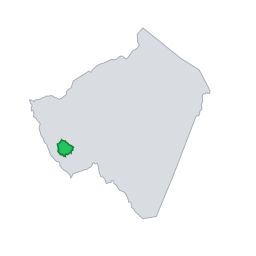 Algeria, with Tiaret highlighted, rotated 255°
{"feature_id": "DZA-2205", "entity_name": "Tiaret", "entity_type": "Province", "adm_level": 1, "iso_a3": "DZA", "parent_name": "Algeria", "parent_adm1": "", "projection": "albers", "projection_center": [1.387, 34.879], "detail": "fine", "context": "in_parent", "style": "filled", "palette": "green", "viewbox_px": 256, "rotation_deg": 255, "n_neighbors": 0, "source": "natural_earth", "source_scale": "10m", "svg_char_len": 4962}
<svg xmlns="http://www.w3.org/2000/svg" viewBox="0 0 256 256"><g transform="rotate(255 128 128)"><path d="M180.4,40.0L180.6,40.5L180.6,41.0L179.9,41.5L179.5,41.8L179.0,43.1L177.9,44.1L177.8,44.3L177.8,44.6L178.6,44.9L178.8,45.3L179.0,45.7L178.8,47.5L178.5,50.7L178.6,51.4L178.9,52.1L179.2,52.8L179.4,53.5L179.4,55.2L179.8,56.2L180.1,57.1L179.6,58.4L179.3,59.4L179.3,60.9L179.3,61.8L178.9,62.7L178.4,63.6L177.8,64.1L177.0,64.6L176.2,65.2L175.6,66.8L174.1,68.2L173.7,68.6L173.7,69.7L173.8,71.1L174.1,72.2L175.0,73.8L175.8,75.6L176.0,76.5L176.3,76.8L177.3,77.4L179.0,78.1L179.3,78.4L180.2,79.6L181.1,81.8L181.5,83.3L184.5,85.4L187.5,87.2L187.7,87.5L189.7,94.2L190.5,96.6L193.1,105.2L192.3,105.8L191.4,106.5L192.2,107.6L193.7,109.4L194.6,110.9L195.0,111.6L195.8,113.5L196.4,115.3L196.6,115.9L196.9,117.3L197.0,121.3L197.8,126.3L198.5,128.8L197.9,131.1L197.4,133.3L197.6,134.4L198.1,136.1L198.6,137.3L199.1,137.9L199.2,140.0L199.1,140.8L197.6,142.1L196.0,143.2L195.6,144.1L195.5,145.1L195.8,145.8L201.3,152.5L201.6,153.2L201.8,155.2L202.9,157.7L203.8,158.7L204.3,159.5L204.9,160.0L205.6,160.4L206.0,160.4L208.2,159.5L212.1,160.3L215.8,161.1L216.1,161.3L218.6,164.9L220.8,168.3L181.3,197.2L176.9,201.3L166.4,211.3L165.6,211.8L151.1,215.1L143.6,216.7L143.2,216.8L142.8,216.8L142.5,216.8L141.8,216.6L141.0,216.0L140.5,215.7L140.3,215.3L140.6,214.7L141.0,214.1L141.1,213.7L141.4,213.4L141.7,213.1L141.7,212.8L141.4,212.2L141.2,211.4L141.2,209.8L141.2,209.2L140.5,208.6L139.1,208.0L137.9,207.6L137.4,207.5L136.0,207.3L134.2,206.9L133.5,206.7L132.3,205.3L131.7,204.9L129.0,204.7L128.1,204.5L127.3,204.1L126.7,203.7L126.3,202.9L126.2,202.3L125.9,202.0L122.9,200.5L122.1,200.0L121.7,199.5L121.7,198.8L121.8,197.9L121.7,197.1L121.6,196.7L70.4,159.4L67.7,157.4L61.8,152.8L35.2,132.4L36.5,119.4L36.6,118.7L36.8,118.5L37.7,118.1L39.2,117.1L39.7,116.7L40.4,116.3L42.9,115.0L43.4,114.6L45.8,113.1L46.3,112.9L47.5,112.9L48.0,112.6L48.8,112.0L49.8,111.3L50.5,110.9L51.1,110.9L53.1,111.3L53.9,111.5L55.0,111.7L55.3,111.7L55.6,111.5L56.0,110.9L56.1,110.3L56.2,109.7L56.3,109.5L56.5,109.4L56.9,109.5L57.5,109.6L58.7,109.7L59.2,109.6L60.5,109.6L62.5,109.4L65.4,108.7L66.8,107.8L67.8,106.8L68.9,105.3L69.8,104.0L71.5,103.2L72.8,102.8L73.6,102.7L75.4,102.0L78.4,100.1L80.8,99.9L81.1,99.7L81.5,99.4L81.5,98.8L81.1,98.3L80.7,98.0L80.3,97.8L80.0,97.7L79.8,97.4L79.9,96.8L80.0,96.3L80.3,95.8L80.2,95.0L79.9,94.3L79.9,93.7L79.9,93.2L80.1,92.8L80.6,92.6L81.2,92.5L82.0,92.7L83.4,92.6L87.0,91.5L87.2,91.1L87.5,90.2L87.8,89.4L88.2,89.2L88.4,89.2L91.2,88.8L91.8,88.7L97.1,89.2L101.6,89.5L102.0,89.3L102.0,88.7L101.8,87.7L102.0,87.0L102.6,86.4L103.5,85.8L103.1,84.9L102.5,84.4L101.6,83.7L101.1,83.4L100.3,82.6L99.9,81.7L99.6,79.7L99.0,78.6L98.6,77.3L99.1,74.9L98.5,73.4L98.5,72.7L98.5,72.0L98.7,70.7L98.6,68.8L98.0,66.9L98.4,66.3L98.5,66.0L98.5,65.7L97.9,65.1L97.6,64.6L97.8,64.1L98.1,63.4L98.1,63.2L97.1,62.3L95.5,60.9L95.0,60.3L94.8,59.6L96.4,59.8L97.3,59.8L99.2,58.9L100.8,57.8L102.0,57.2L103.1,56.0L104.0,55.2L105.4,54.3L109.4,52.5L110.0,52.5L111.3,53.0L112.4,52.8L113.2,52.2L114.0,50.6L115.3,49.6L116.9,48.7L119.1,47.8L120.5,46.9L122.8,46.2L128.5,45.7L131.4,45.2L133.4,45.3L135.3,43.9L136.3,43.5L140.7,43.3L142.7,42.2L150.4,42.0L151.3,42.3L152.3,42.8L153.9,44.0L154.7,44.3L155.7,44.0L158.0,42.7L160.7,41.9L162.1,41.1L162.7,40.0L163.9,39.6L164.6,40.4L167.4,41.0L169.1,40.7L169.8,40.4L169.5,39.2L171.3,39.4L172.7,39.9L174.2,41.0L175.2,41.2L176.9,40.5L180.4,40.0Z" fill="#d9dde1" stroke="#a8b0b8" stroke-width="1"/><path d="M123.5,54.3L123.9,54.5L124.4,54.7L124.5,54.7L124.6,54.8L124.6,55.2L124.7,55.3L124.9,55.2L125.0,55.2L125.3,55.2L125.6,55.5L125.8,55.7L126.0,55.7L126.3,55.4L126.4,55.5L126.5,55.6L127.6,55.6L128.3,55.5L129.1,55.4L129.2,55.5L129.3,55.6L129.6,55.6L130.0,55.6L130.7,55.6L131.0,56.8L131.1,57.8L131.2,58.0L131.3,58.1L131.5,58.1L131.8,58.5L131.8,58.8L131.8,59.0L133.6,60.5L133.8,60.8L133.7,60.8L133.0,61.1L132.9,61.3L132.5,62.4L132.3,62.6L131.8,63.3L131.7,64.1L131.3,64.1L130.7,64.2L130.6,64.3L130.4,64.5L129.5,65.2L128.6,66.0L127.4,66.4L127.2,66.5L126.9,66.8L126.5,67.3L126.3,67.6L126.2,67.8L126.1,68.0L126.0,68.3L125.9,68.4L123.4,70.3L123.0,69.7L122.8,69.3L122.7,69.2L122.3,69.0L121.0,69.1L120.9,69.1L120.8,68.8L120.9,67.6L120.5,67.2L118.7,66.6L118.9,66.5L119.4,66.3L119.5,66.2L118.2,63.7L118.1,63.2L118.0,62.9L118.0,62.7L118.1,62.4L118.9,61.7L119.0,61.6L118.9,61.4L118.7,61.0L118.6,60.9L118.4,60.8L118.2,60.6L117.9,60.5L117.9,60.4L117.9,60.2L117.7,60.2L116.6,60.2L116.8,59.8L117.2,59.2L117.4,58.7L117.5,58.5L117.6,58.4L117.8,58.3L117.9,58.2L118.0,58.2L118.3,58.2L118.6,58.3L118.8,58.4L119.1,58.2L119.3,58.1L119.7,57.6L119.7,57.4L119.8,57.3L119.7,57.2L119.4,57.1L119.3,56.9L119.3,56.7L119.5,56.8L119.8,56.7L119.8,56.4L120.4,55.7L120.5,55.7L120.8,55.7L120.8,55.8L120.9,55.7L120.9,55.4L121.1,55.4L121.5,55.2L121.8,55.1L122.2,54.8L122.4,54.8L122.7,54.7L122.9,55.0L123.0,55.0L123.2,54.9L123.3,54.6L123.4,54.3L123.5,54.3Z" fill="#22c55e" stroke="#15803d" stroke-width="1.5"/></g></svg>